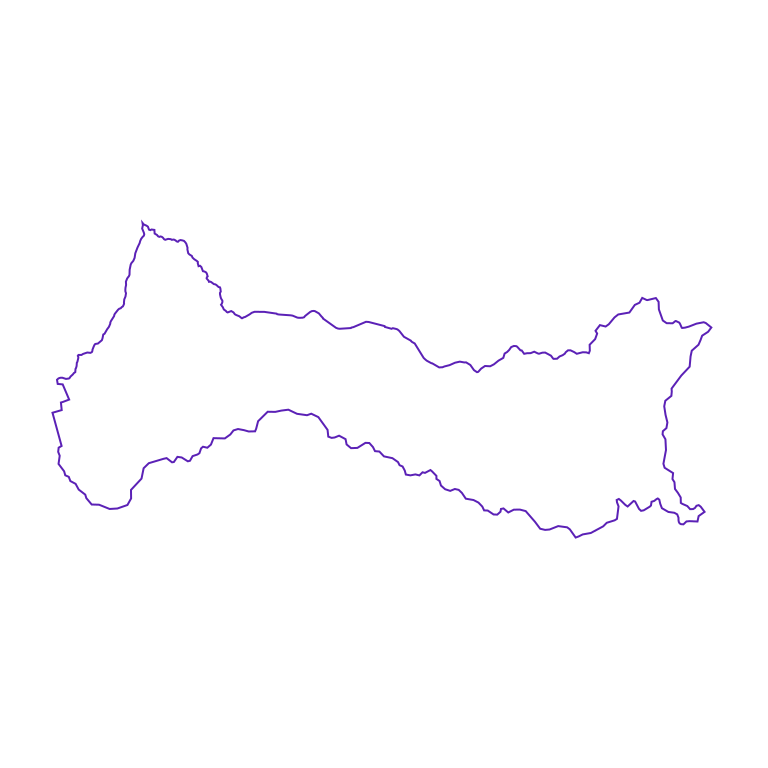 the district of Guichón, Paysandú, Uruguay, rotated 184°
{"feature_id": "84410073B13799426117968", "entity_name": "Guichón", "entity_type": "district", "adm_level": 2, "iso_a3": "URY", "parent_name": "Uruguay", "parent_adm1": "Paysandú", "projection": "robinson", "projection_center": [-56.915, -32.321], "detail": "fine", "context": "isolated", "style": "outline", "palette": "violet", "viewbox_px": 768, "rotation_deg": 184, "n_neighbors": 0, "source": "geoboundaries", "source_scale": "gbopen_adm2", "svg_char_len": 6107}
<svg xmlns="http://www.w3.org/2000/svg" viewBox="0 0 768 768"><g transform="rotate(184 384 384)"><path d="M390.6,320.3L388.3,316.4L383.9,316.3L379.0,311.8L370.4,310.6L364.6,307.1L362.8,304.1L359.7,303.0L357.2,299.0L355.9,295.2L351.3,294.7L346.4,296.0L342.3,295.3L339.4,298.6L336.9,298.2L331.7,301.4L330.1,300.3L325.3,296.0L325.1,293.0L321.8,291.1L320.1,286.7L315.7,283.3L310.5,282.0L306.0,284.2L302.1,283.6L298.7,280.8L294.4,275.3L286.6,274.5L281.5,272.3L277.4,268.6L275.3,264.9L271.7,265.0L265.6,261.5L261.9,261.6L258.9,264.7L258.6,267.5L256.1,268.2L251.1,264.5L245.7,267.7L239.7,268.2L233.8,267.1L223.8,257.1L218.1,250.5L213.1,249.7L208.7,250.4L200.3,254.4L191.3,253.8L188.5,252.0L182.1,244.2L179.2,245.5L175.3,247.8L167.3,249.8L155.4,257.3L152.1,261.1L144.4,264.1L142.2,265.7L141.5,278.3L143.3,282.2L143.8,284.5L141.7,285.7L139.6,284.3L134.8,280.2L132.4,278.8L126.9,284.7L125.3,284.3L120.9,277.2L118.7,275.4L116.1,276.1L110.3,280.2L109.2,281.4L108.9,285.2L106.3,286.2L104.1,288.2L102.9,288.9L101.3,287.8L100.1,283.8L98.1,279.5L91.4,276.2L85.4,275.8L82.4,274.4L80.9,271.2L80.7,268.7L80.3,267.0L79.4,265.6L78.0,264.9L75.5,264.9L72.7,268.0L69.5,268.5L61.7,268.7L60.9,274.2L55.3,278.8L59.5,283.7L61.6,285.1L63.8,284.3L65.1,282.1L66.9,280.8L69.9,280.5L72.9,283.4L78.2,285.3L79.6,286.1L80.1,291.5L83.2,295.9L86.4,299.6L87.4,306.3L89.6,309.3L89.4,315.3L98.2,320.0L99.7,323.9L98.1,337.8L99.4,348.5L102.6,353.2L102.5,356.4L99.2,359.7L98.6,365.4L101.0,372.9L102.9,381.3L102.2,386.9L96.5,392.2L96.4,396.4L96.8,399.5L88.0,413.2L80.3,422.6L80.1,432.9L79.3,438.7L73.0,445.1L71.3,449.9L70.0,454.4L64.3,458.7L61.4,463.2L67.3,467.3L69.4,467.9L76.5,466.0L83.9,462.5L87.7,461.2L90.5,460.7L90.9,460.9L92.8,464.5L93.7,465.8L97.2,467.2L97.7,467.1L100.3,464.7L106.3,464.4L110.3,466.8L115.0,477.6L115.8,485.1L118.8,488.7L127.0,486.1L127.8,486.1L132.4,487.9L134.8,482.9L139.3,480.4L144.2,472.4L155.2,469.7L158.7,466.5L163.9,459.3L166.9,456.8L172.7,457.8L176.7,451.8L174.9,449.2L176.5,443.5L181.6,437.5L181.0,431.6L181.8,429.0L184.6,429.7L188.1,429.5L193.8,427.6L196.5,429.1L200.3,430.6L202.8,430.4L205.0,428.3L205.7,426.9L207.8,425.2L210.8,423.7L213.1,421.3L216.6,420.9L217.1,421.2L219.4,423.9L225.4,426.6L228.2,426.3L231.5,425.0L232.6,425.2L236.4,426.7L239.9,425.0L243.4,424.7L246.3,423.9L249.0,427.1L250.2,427.1L253.9,430.6L254.8,431.0L257.1,431.0L259.7,429.7L261.5,426.7L263.4,424.5L265.8,422.8L266.8,418.4L271.4,415.3L275.7,411.3L279.3,409.1L284.5,409.0L288.2,406.1L290.6,403.0L291.2,402.5L292.1,402.3L295.2,404.1L299.2,409.0L303.6,411.3L305.4,411.1L309.9,411.6L314.6,410.2L319.9,407.4L325.0,405.7L326.8,404.8L330.1,404.4L337.4,408.0L338.1,408.0L342.9,410.2L344.2,411.1L346.2,412.7L356.2,426.6L359.0,427.9L359.9,428.6L360.2,429.1L367.4,432.5L372.4,438.0L374.4,439.4L375.9,439.8L379.1,440.3L380.3,439.6L387.1,441.0L387.4,441.8L403.6,444.8L406.3,444.8L418.5,438.6L420.5,438.0L420.9,437.5L432.1,436.0L433.8,436.1L435.8,436.7L449.5,445.1L449.6,445.7L451.0,446.9L453.9,449.9L458.1,451.9L459.1,452.0L461.0,451.7L462.7,450.7L467.4,446.4L468.4,445.0L470.1,444.4L473.5,444.1L475.1,444.2L479.9,445.8L481.8,446.0L493.7,446.0L495.5,446.2L496.0,446.7L508.4,447.6L518.2,447.0L520.9,445.8L522.9,444.1L527.2,441.2L528.9,440.6L529.8,439.8L530.5,439.7L533.1,441.5L536.2,442.5L537.7,443.2L539.1,444.9L541.5,446.1L544.9,444.5L545.8,444.8L546.9,445.9L549.0,447.2L550.1,449.3L552.1,451.7L551.4,452.8L550.9,454.6L551.1,456.0L552.1,457.3L552.9,458.8L553.8,461.8L554.0,463.4L553.3,464.8L553.9,467.9L554.4,469.0L555.8,469.2L558.0,471.0L559.1,471.6L560.7,471.8L563.6,473.7L564.7,474.0L565.7,473.7L566.2,474.8L568.3,476.9L568.2,478.1L567.4,479.0L568.5,481.9L569.4,483.0L571.0,483.7L572.5,483.9L574.4,488.0L575.8,489.1L577.2,488.6L578.2,491.5L578.2,492.8L579.3,493.7L582.1,495.3L583.9,496.8L584.6,498.3L587.2,499.7L588.4,500.8L589.5,504.5L589.5,506.2L591.0,510.1L592.0,511.4L593.5,512.8L595.2,513.2L597.1,513.4L598.4,512.8L599.5,511.5L600.8,511.8L601.8,512.6L603.2,513.3L604.3,513.4L605.7,513.0L606.8,513.6L609.5,513.7L612.3,512.6L613.5,513.1L614.7,514.5L615.9,515.3L617.2,515.6L618.4,515.1L619.7,515.6L620.8,516.8L623.3,518.1L623.8,521.7L626.7,521.9L627.8,521.2L629.2,521.6L630.5,524.5L632.0,525.4L634.8,526.4L636.1,527.8L635.6,525.6L636.1,522.2L634.2,518.4L633.6,516.7L633.9,515.2L635.2,513.7L636.4,511.8L637.2,509.6L637.6,507.5L639.4,503.0L641.2,497.1L641.6,492.4L642.7,489.3L644.4,487.0L645.0,485.5L645.7,480.2L645.5,475.2L646.1,473.5L646.9,472.5L647.7,471.0L648.6,468.1L648.2,464.8L648.6,462.0L648.6,459.8L648.4,458.2L647.7,456.6L648.0,453.2L649.0,450.3L649.1,447.2L648.9,445.9L649.4,444.4L649.9,443.2L651.1,442.3L651.9,441.2L653.4,440.6L654.5,439.5L657.3,435.4L657.8,434.4L658.0,432.9L660.8,427.7L661.3,426.3L661.3,425.0L662.4,421.8L664.0,419.3L666.3,414.6L667.5,413.8L668.0,409.9L668.5,408.0L672.2,404.4L674.8,403.8L675.6,402.7L676.2,401.1L677.2,397.9L677.2,396.7L677.7,395.4L679.0,394.6L682.2,394.7L683.2,394.3L686.3,393.0L687.8,391.9L690.8,391.7L691.4,390.7L690.8,389.6L690.8,388.5L691.4,384.8L691.9,383.7L691.9,380.5L692.3,378.6L692.8,377.5L692.8,374.3L694.2,373.2L695.0,371.9L697.3,369.5L697.8,368.4L698.7,367.5L701.6,366.9L705.3,367.8L707.0,367.7L708.3,367.3L709.3,366.7L710.5,365.4L709.5,361.3L704.5,361.2L697.0,346.5L703.3,343.6L705.0,343.0L703.7,335.5L712.7,332.2L701.3,299.7L704.1,297.8L704.3,293.6L702.5,289.8L703.1,281.6L697.0,274.6L695.6,270.7L692.0,269.4L690.1,265.3L684.7,262.9L681.2,257.4L674.3,252.8L673.0,249.4L667.2,243.4L659.8,243.7L649.0,240.2L641.3,241.2L631.5,245.4L628.3,252.2L629.0,260.7L619.3,272.7L617.9,283.2L613.1,288.6L598.7,294.0L595.7,294.9L590.0,291.1L588.2,291.5L585.0,296.9L580.7,296.6L574.3,293.2L572.2,293.9L569.9,298.7L565.1,300.7L563.3,302.1L562.0,307.0L560.2,308.8L555.8,308.1L552.4,311.5L550.3,318.1L539.0,318.6L533.8,322.9L530.9,327.2L526.5,328.9L520.5,328.2L515.7,327.2L509.3,327.8L508.4,330.5L507.0,338.1L498.1,348.2L490.5,348.6L484.6,350.3L477.6,351.7L468.7,348.2L458.6,347.5L454.5,349.3L447.2,346.4L437.1,334.3L435.9,327.6L432.5,326.6L429.5,327.2L425.2,329.3L418.5,326.3L417.1,321.1L412.4,317.7L406.1,318.4L398.4,324.0L394.5,324.1L390.6,320.3Z" fill="none" stroke="#5b21b6" stroke-width="2"/></g></svg>